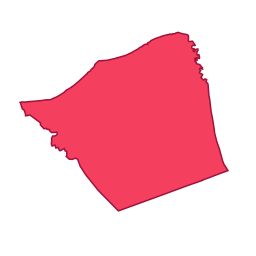 outline of Central Badibu, North Bank, Gambia, rotated 160°
{"feature_id": "56634734B73613655778936", "entity_name": "Central Badibu", "entity_type": "district", "adm_level": 2, "iso_a3": "GMB", "parent_name": "Gambia", "parent_adm1": "North Bank", "projection": "orthographic", "projection_center": [-15.935, 13.52], "detail": "fine", "context": "isolated", "style": "filled", "palette": "rose", "viewbox_px": 256, "rotation_deg": 160, "n_neighbors": 0, "source": "geoboundaries", "source_scale": "gbopen_adm2", "svg_char_len": 3108}
<svg xmlns="http://www.w3.org/2000/svg" viewBox="0 0 256 256"><g transform="rotate(160 128 128)"><path d="M165.4,53.4L155.4,53.4L152.8,53.4L149.7,53.4L136.3,53.4L135.8,53.4L126.7,53.4L118.8,53.4L96.9,53.5L95.4,53.5L88.5,53.5L82.7,53.4L75.8,53.3L75.8,53.6L75.6,53.6L66.4,53.6L64.4,53.7L49.9,53.8L48.6,53.8L50.3,61.4L50.3,63.8L50.3,65.2L49.4,76.0L49.3,76.6L49.2,84.9L48.4,93.1L47.4,97.5L46.0,104.5L45.8,105.5L44.1,115.8L43.7,117.3L43.7,117.5L41.5,126.6L40.9,130.4L40.5,132.3L40.1,133.6L39.7,135.0L38.2,140.2L37.8,142.7L39.0,144.6L37.8,146.0L37.5,146.6L38.8,147.8L40.7,147.2L41.2,148.5L42.2,150.4L41.8,150.7L40.2,151.9L39.6,152.8L40.8,154.3L41.6,154.7L41.8,155.3L41.9,155.6L41.5,156.2L40.0,157.1L40.6,158.4L40.6,159.1L39.6,159.4L39.3,159.3L38.3,158.1L37.9,157.9L37.9,158.5L37.4,158.8L38.9,163.1L40.9,164.4L41.7,165.1L41.2,166.5L42.0,167.3L42.0,167.5L42.3,168.0L41.8,168.7L40.7,168.4L39.6,168.2L39.5,168.5L39.8,169.5L41.0,169.5L41.7,169.8L41.7,170.3L40.8,170.6L38.6,170.4L37.8,169.3L37.2,169.0L36.6,169.6L36.3,172.7L36.8,172.7L37.5,172.7L38.2,173.3L37.9,174.3L37.1,175.9L37.0,176.0L35.8,176.8L35.3,178.3L36.1,178.5L37.8,178.7L39.4,176.9L40.1,177.4L40.3,178.5L38.8,179.7L38.8,180.0L39.5,180.1L40.3,180.6L40.7,181.6L40.4,182.3L39.7,183.2L38.7,183.5L37.1,182.6L36.7,182.6L36.7,183.6L37.2,185.4L37.7,187.4L38.0,187.7L40.2,188.0L41.5,188.9L41.5,189.0L40.2,192.3L39.6,194.2L40.5,195.5L42.5,196.8L44.3,197.7L46.0,199.0L47.9,200.5L48.6,200.7L48.6,200.8L49.0,200.8L49.3,200.8L50.7,200.9L51.4,200.5L52.4,200.9L54.6,201.3L55.0,200.9L56.3,201.9L57.0,201.9L62.4,202.5L63.6,202.6L65.3,202.7L65.9,202.6L66.2,202.6L66.9,202.4L67.5,202.7L71.7,202.7L76.5,202.3L77.5,201.8L78.4,201.4L79.8,201.4L80.3,201.2L80.5,200.9L80.8,200.3L81.0,199.9L81.4,200.5L84.2,200.8L85.2,200.3L86.2,200.3L86.8,199.7L88.1,199.7L89.1,199.7L89.5,199.4L90.5,199.3L91.8,198.8L94.4,198.4L97.4,197.9L97.9,197.9L98.7,197.4L99.0,197.5L100.1,197.6L105.0,197.0L117.7,197.9L124.5,198.8L128.0,199.8L132.6,201.1L137.0,199.3L139.3,196.8L142.5,195.7L143.3,194.9L143.8,194.5L145.5,194.2L147.0,193.9L147.7,192.9L148.8,192.9L149.3,192.4L150.4,192.0L153.8,190.6L157.0,189.3L159.4,188.3L163.0,187.1L164.8,186.4L169.9,185.1L172.9,184.7L176.1,183.3L179.9,182.4L184.5,181.6L188.8,181.4L190.2,181.2L191.3,181.2L192.5,181.5L195.4,182.5L199.9,183.4L203.8,184.4L212.2,186.7L215.3,187.4L219.3,188.9L220.7,188.9L220.4,187.9L220.7,185.1L220.7,181.9L219.5,180.2L219.5,178.2L219.5,176.8L220.1,174.5L217.2,173.9L215.8,173.9L208.4,162.6L209.2,161.4L209.2,160.6L207.2,156.0L204.8,155.5L204.5,154.4L202.3,153.4L202.7,152.3L201.3,149.8L197.7,148.7L196.3,148.4L196.3,147.0L197.3,145.9L199.1,145.5L201.6,146.2L203.4,144.4L203.7,143.0L204.4,141.6L205.5,139.1L205.5,137.4L205.5,137.0L202.6,137.0L202.6,133.8L200.5,133.8L200.1,130.2L199.1,129.8L194.9,130.5L194.9,127.9L193.6,127.0L194.9,123.0L195.8,122.5L194.0,118.9L191.3,117.6L187.8,117.6L186.0,115.9L186.0,108.3L185.5,106.4L184.1,100.0L183.7,98.5L183.4,97.5L181.7,92.6L180.4,88.7L177.6,80.4L177.5,79.9L176.6,78.1L175.0,74.4L174.6,73.6L173.8,71.9L168.5,60.3L167.9,58.9L165.4,53.4Z" fill="#f43f5e" stroke="#9f1239" stroke-width="1.5"/></g></svg>